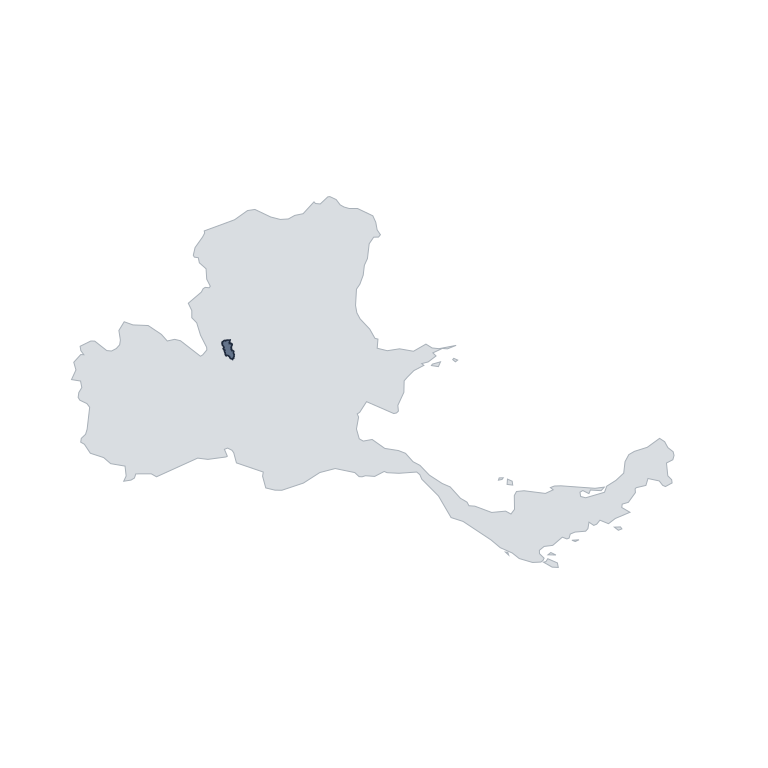 location of Lom Kao, Phetchabun, Thailand, rotated 286°
{"feature_id": "78962969B1272323537796", "entity_name": "Lom Kao", "entity_type": "district", "adm_level": 2, "iso_a3": "THA", "parent_name": "Thailand", "parent_adm1": "Phetchabun", "projection": "mercator", "projection_center": [101.252, 16.992], "detail": "fine", "context": "in_parent", "style": "filled", "palette": "slate", "viewbox_px": 768, "rotation_deg": 286, "n_neighbors": 0, "source": "geoboundaries", "source_scale": "gbopen_adm2", "svg_char_len": 7163}
<svg xmlns="http://www.w3.org/2000/svg" viewBox="0 0 768 768"><g transform="rotate(286 384 384)"><path d="M328.7,84.4L329.4,87.4L332.5,83.4L336.5,81.5L344.5,90.3L345.5,94.1L339.7,108.3L340.6,113.0L344.3,116.9L348.8,119.1L353.5,118.5L362.4,114.4L372.2,117.1L371.6,126.4L375.2,141.2L370.3,156.4L365.6,163.8L369.2,170.4L369.5,176.4L360.1,199.9L362.0,201.7L367.9,204.3L370.4,203.4L380.3,194.2L391.2,187.1L394.7,181.0L401.6,179.0L407.7,173.6L422.0,183.1L425.8,183.9L427.6,185.5L428.3,189.4L430.1,190.1L435.9,184.7L445.7,181.2L449.6,173.1L454.2,170.7L453.7,166.7L455.2,165.2L463.1,164.8L475.3,169.1L479.6,170.0L481.6,169.0L500.7,195.1L513.1,205.0L516.2,211.8L513.3,229.1L513.6,239.0L516.3,246.6L521.5,251.8L525.4,259.3L539.8,266.5L538.6,268.4L539.5,273.1L548.4,278.4L549.2,280.3L548.1,287.2L544.1,292.5L543.1,296.8L543.1,302.2L545.4,310.2L542.6,326.9L537.2,331.5L530.3,334.9L526.5,339.4L523.7,338.2L522.3,333.6L514.7,331.1L500.0,333.5L492.7,332.4L482.9,334.0L473.3,333.3L467.6,331.4L451.6,335.0L444.9,338.3L440.0,343.1L432.8,355.2L425.4,362.7L425.5,365.8L416.5,367.6L416.9,378.0L422.1,389.2L423.6,403.3L433.9,413.3L431.9,420.3L433.1,427.1L441.0,442.7L435.3,435.3L434.2,430.2L427.4,422.4L425.3,426.3L417.4,420.4L414.0,414.6L412.9,417.2L405.1,409.0L397.1,404.6L392.6,402.5L381.5,405.4L367.3,403.2L361.9,405.3L359.6,404.0L358.3,401.5L362.2,372.1L350.0,368.4L347.9,366.5L345.2,368.7L333.2,369.9L324.5,375.3L323.4,379.8L327.4,387.9L322.3,402.5L324.0,416.2L323.3,423.8L317.3,433.3L315.7,441.0L308.9,452.7L304.4,467.4L303.3,476.0L295.2,489.0L293.3,496.4L290.4,499.2L291.6,505.0L290.2,522.9L295.3,535.9L294.0,541.9L299.5,544.0L312.7,540.0L317.2,541.0L320.0,548.1L323.3,569.3L328.9,575.8L330.3,572.5L332.9,575.9L334.9,582.2L341.9,615.6L345.6,624.2L341.3,622.1L339.0,611.6L335.1,611.2L336.4,604.5L334.0,602.2L330.1,604.0L330.2,609.2L340.7,625.8L347.2,626.3L355.4,633.6L364.4,639.0L375.8,637.1L383.6,638.8L388.3,643.3L395.7,654.5L407.7,663.9L405.9,669.7L401.1,674.4L398.6,680.6L395.3,682.5L390.8,682.5L385.9,677.3L374.0,682.1L371.3,686.9L368.3,688.2L363.0,682.8L363.4,679.8L366.7,675.3L365.9,663.8L358.7,663.7L353.9,655.1L352.4,654.3L348.9,655.6L337.6,651.5L334.2,646.1L330.8,646.6L328.5,655.8L318.5,643.4L311.6,638.3L312.6,629.1L307.9,627.1L305.9,624.6L307.7,619.1L301.2,619.9L298.1,618.4L294.3,608.4L291.1,604.4L286.9,604.4L285.5,602.5L285.9,597.6L275.4,590.7L272.0,582.7L267.0,579.2L263.8,580.2L260.7,585.9L258.3,585.5L256.1,583.9L253.4,576.0L253.5,562.1L256.9,553.9L258.7,540.9L263.6,529.9L273.7,497.9L274.1,485.3L291.4,467.2L302.9,446.6L306.7,443.5L308.4,439.7L302.3,423.0L299.6,411.4L300.0,408.3L292.6,400.5L290.7,391.4L288.8,388.6L288.1,385.6L290.8,380.3L289.3,360.4L281.2,346.7L266.6,333.9L253.7,315.1L251.9,308.4L251.5,299.0L261.9,292.7L266.1,292.2L267.5,263.9L276.5,258.5L278.4,256.1L279.3,251.3L277.2,248.6L271.4,253.3L270.3,252.2L263.0,235.5L261.4,225.3L232.1,190.9L233.5,185.1L229.2,170.2L224.8,170.0L221.9,167.3L218.8,160.6L224.5,161.5L233.7,157.7L232.1,143.2L236.0,134.8L236.5,120.8L243.5,112.6L244.5,108.5L248.3,108.0L253.4,111.0L258.7,111.1L280.5,107.5L283.3,103.8L284.6,96.1L286.8,93.7L291.7,93.0L297.3,94.5L303.2,91.5L302.1,82.4L312.6,84.0L319.4,79.8L328.7,84.4ZM261.2,589.6L259.8,600.0L255.7,602.1L254.3,596.1L256.7,586.4L257.9,588.6L261.2,589.6ZM326.6,528.9L325.9,534.0L322.3,535.6L321.4,530.0L326.6,528.9ZM416.4,425.0L420.9,432.2L415.7,431.5L414.8,424.5L416.4,425.0ZM310.3,652.6L308.0,649.6L309.9,644.9L311.8,650.7L310.3,652.6ZM268.0,590.8L267.0,596.4L265.0,588.7L268.0,590.8ZM326.7,524.5L324.8,523.8L323.1,520.5L325.5,520.6L326.7,524.5ZM285.6,607.7L288.0,614.4L285.3,611.3L285.6,607.7ZM427.9,444.0L427.3,448.2L425.0,446.5L426.4,443.3L427.9,444.0ZM256.3,549.4L253.9,551.0L255.9,547.0L256.3,549.4Z" fill="#d9dde1" stroke="#a8b0b8" stroke-width="1"/><path d="M366.9,228.4L366.8,228.6L366.8,228.8L366.7,228.9L366.5,229.0L366.3,229.1L366.2,229.2L366.1,229.7L366.2,230.1L366.1,230.4L366.1,230.7L366.1,231.1L366.0,231.3L366.0,231.5L365.9,231.7L366.1,231.7L366.3,231.7L366.5,231.6L366.8,231.7L366.8,231.8L367.1,231.9L367.1,232.0L367.1,231.9L367.2,232.0L367.2,231.9L367.2,232.0L367.3,232.0L367.5,232.0L368.1,231.9L368.4,232.0L368.7,232.1L368.9,232.4L369.0,232.4L369.3,232.3L369.9,232.0L370.4,232.0L370.7,231.8L370.8,231.9L371.1,231.8L371.2,231.7L371.3,231.8L371.5,231.6L371.7,231.2L371.8,231.1L372.0,231.0L372.2,230.7L372.4,230.7L372.8,230.6L373.0,230.7L373.4,230.7L373.6,230.7L373.8,230.7L374.1,230.6L374.2,230.3L374.2,230.1L374.2,229.8L374.4,229.7L374.5,229.5L374.4,229.5L374.4,229.4L374.4,229.2L374.5,229.0L374.5,228.9L374.6,228.7L374.5,228.4L374.8,228.1L374.7,228.1L374.8,228.0L374.8,227.9L375.0,227.8L375.1,227.7L375.3,227.4L375.7,227.5L376.0,227.7L376.3,227.6L376.5,227.5L376.7,227.4L376.7,227.2L376.8,227.2L376.9,226.9L377.1,226.9L377.3,227.0L377.5,227.1L377.7,226.9L377.8,226.9L377.9,227.0L378.1,227.1L378.3,227.1L378.6,227.1L378.8,227.0L379.0,227.2L379.2,227.3L379.3,227.3L379.5,227.2L379.8,227.0L380.0,227.2L380.4,227.2L380.5,227.1L380.6,226.9L380.8,226.5L380.6,226.4L380.6,226.2L380.8,225.8L380.9,225.7L381.0,225.4L380.9,225.3L381.0,225.3L380.9,225.3L381.0,225.2L381.0,224.9L380.9,224.8L380.9,224.7L381.0,224.5L381.0,224.4L380.9,224.3L381.0,224.3L381.0,224.2L380.9,223.9L381.0,223.8L381.4,223.8L381.7,223.9L381.7,224.0L381.9,224.1L382.2,224.0L382.3,224.0L382.5,224.0L382.9,224.0L383.0,224.0L383.3,224.1L383.5,224.0L383.7,223.9L383.9,223.9L383.8,223.7L383.6,223.4L383.5,223.1L383.4,222.9L383.3,222.5L383.3,222.2L383.3,221.9L383.2,221.6L382.9,221.3L382.9,221.2L382.9,220.9L382.8,220.7L382.7,220.6L382.6,220.4L382.4,220.4L382.2,220.3L382.1,220.2L382.2,219.9L381.9,219.7L382.0,219.6L382.0,219.4L381.8,219.3L381.8,219.2L382.0,219.0L381.9,218.9L381.8,218.6L381.8,218.4L381.5,218.2L381.4,218.1L381.2,218.0L381.1,217.9L380.7,217.8L380.7,217.7L380.4,217.4L380.2,217.3L380.2,217.2L379.9,217.1L379.7,217.0L379.7,216.9L379.3,216.9L379.3,217.0L379.2,217.0L378.9,217.2L378.7,217.2L378.6,217.3L378.4,217.2L378.2,217.1L377.9,217.3L377.7,217.4L377.8,217.5L377.7,217.5L377.4,217.6L377.5,217.7L377.4,217.8L377.2,217.9L377.1,218.0L376.9,218.2L376.6,218.3L376.6,218.5L376.4,218.6L376.2,218.8L376.0,219.1L376.0,219.3L375.9,219.4L375.8,219.5L375.7,219.6L375.5,219.8L375.4,219.9L375.2,219.8L375.1,220.0L374.9,220.1L374.7,220.3L374.5,220.2L374.4,220.1L374.2,220.0L374.2,219.9L373.9,219.7L373.7,219.6L373.5,219.8L373.4,219.8L373.3,220.1L373.2,220.2L372.9,220.6L372.7,220.7L372.7,220.8L372.7,221.0L372.8,221.2L372.8,221.3L372.9,221.5L372.7,221.7L372.6,221.8L372.4,221.8L372.3,221.7L372.1,221.6L371.9,221.4L371.7,221.5L371.3,221.6L370.9,222.0L370.6,222.1L370.5,222.3L370.5,222.6L370.4,222.8L369.9,222.9L369.6,222.9L369.3,222.9L369.3,223.0L369.1,223.1L368.9,223.2L368.9,223.3L368.7,223.3L368.4,223.5L368.3,223.8L368.2,223.9L368.3,223.9L368.3,224.0L368.2,224.0L368.3,224.2L368.3,224.3L368.3,224.2L368.2,224.2L368.1,224.3L368.3,224.4L368.3,224.5L368.2,224.6L368.3,224.6L368.3,224.8L368.3,225.0L368.3,225.3L368.3,225.5L368.3,225.8L368.3,226.2L368.3,226.3L368.2,226.4L368.2,226.5L368.3,226.7L368.2,226.8L368.0,227.0L367.9,227.1L367.9,227.3L367.9,227.6L367.8,227.9L367.8,228.0L367.6,228.1L367.4,228.1L367.1,228.4L366.9,228.4Z" fill="#64748b" stroke="#1e293b" stroke-width="1.5"/></g></svg>